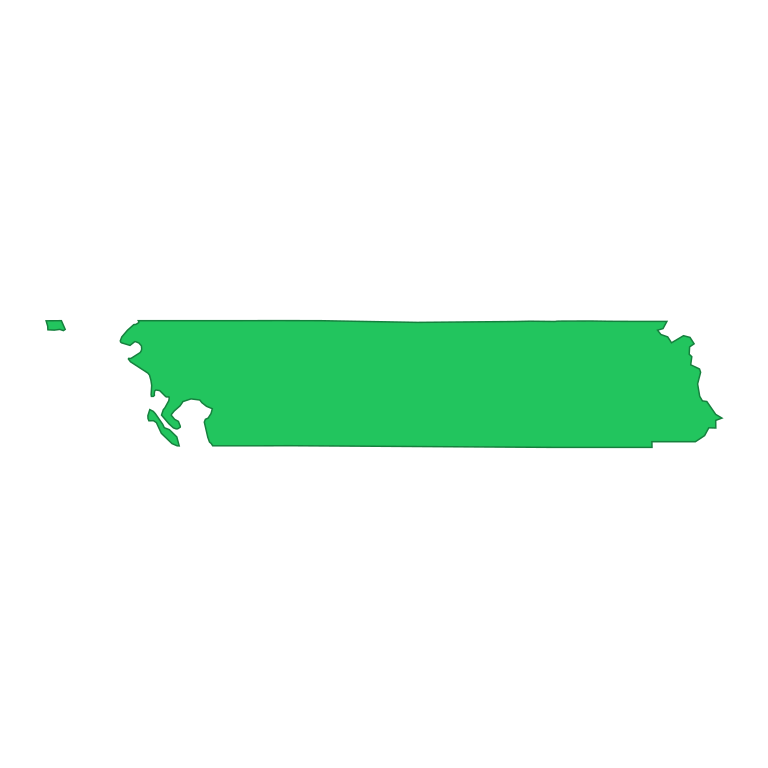 Whatcom, Washington, United States of America (Robinson projection)
{"feature_id": "52423323B9068998137459", "entity_name": "Whatcom", "entity_type": "district", "adm_level": 2, "iso_a3": "USA", "parent_name": "United States of America", "parent_adm1": "Washington", "projection": "robinson", "projection_center": [-122.187, 48.822], "detail": "fine", "context": "isolated", "style": "filled", "palette": "green", "viewbox_px": 768, "rotation_deg": 0, "n_neighbors": 0, "source": "geoboundaries", "source_scale": "gbopen_adm2", "svg_char_len": 1865}
<svg xmlns="http://www.w3.org/2000/svg" viewBox="0 0 768 768"><path d="M695.4,441.7L704.6,435.6L708.8,427.8L715.8,428.0L715.7,420.4L721.9,418.1L715.7,414.4L706.8,401.5L702.4,400.9L699.7,396.3L697.6,383.9L700.6,372.3L699.5,369.0L690.7,364.8L691.8,356.7L689.2,354.2L689.6,346.9L694.1,343.8L690.0,337.4L683.5,335.7L671.5,342.8L667.7,336.9L660.9,334.5L657.5,330.2L663.0,328.6L666.9,321.4L631.6,321.4L609.1,321.3L590.7,321.0L562.0,321.1L556.7,321.2L556.1,321.4L554.5,321.5L530.0,321.2L516.1,321.5L417.4,322.4L321.2,320.7L278.8,320.6L235.9,320.7L235.4,320.7L138.3,320.7L138.8,321.7L138.7,322.6L136.0,324.4L133.8,324.6L127.5,330.2L121.8,336.9L120.3,340.8L120.6,342.0L121.5,342.8L130.0,345.4L134.8,341.6L136.0,341.8L138.9,343.0L141.4,345.8L141.7,349.1L141.1,351.1L140.1,352.6L131.0,358.4L128.6,358.4L128.4,359.0L130.5,361.8L147.9,373.1L149.5,375.1L150.9,380.2L151.7,385.4L151.1,394.6L151.4,396.4L153.3,396.4L154.4,395.4L154.3,393.4L154.6,391.4L155.0,390.6L155.9,390.0L159.7,390.6L165.4,396.3L166.2,396.9L168.9,396.9L169.2,398.1L168.8,400.7L164.9,407.8L163.3,409.7L161.5,415.1L169.0,423.9L173.4,427.9L176.2,428.9L177.7,428.8L180.2,427.2L180.3,426.3L178.4,421.4L174.6,419.3L171.3,415.3L171.6,414.2L174.2,411.0L180.0,405.9L182.5,402.3L182.8,401.6L191.0,398.9L199.8,400.0L201.9,402.7L206.1,406.0L206.7,406.4L212.3,408.7L211.7,411.1L211.0,413.6L208.1,418.1L205.4,419.3L204.3,422.1L207.8,437.3L209.5,442.0L211.3,443.6L212.7,445.8L258.7,445.8L288.6,445.7L290.1,445.7L553.8,447.4L652.0,447.4L651.9,441.7L695.4,441.7ZM147.9,415.6L148.0,418.5L148.9,420.8L153.5,420.7L156.4,422.6L161.4,433.4L172.0,443.6L177.1,445.8L179.2,445.9L176.8,436.9L169.4,429.7L164.3,427.7L162.7,424.3L155.3,413.6L153.3,411.4L149.8,409.6L147.9,415.6ZM46.1,320.8L47.7,326.2L47.9,329.8L54.3,330.1L59.8,329.4L63.4,330.6L65.2,329.4L61.4,320.7L46.1,320.8Z" fill="#22c55e" stroke="#15803d" stroke-width="1.5"/></svg>